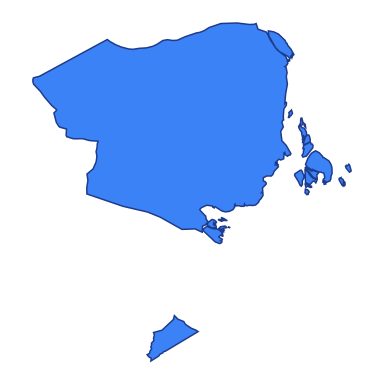 San Fernando, Buenos Aires, Argentina
{"feature_id": "61730980B31085500015034", "entity_name": "San Fernando", "entity_type": "district", "adm_level": 2, "iso_a3": "ARG", "parent_name": "Argentina", "parent_adm1": "Buenos Aires", "projection": "albers", "projection_center": [-58.481, -34.246], "detail": "fine", "context": "isolated", "style": "filled", "palette": "blue", "viewbox_px": 384, "rotation_deg": 0, "n_neighbors": 0, "source": "geoboundaries", "source_scale": "gbopen_adm2", "svg_char_len": 6050}
<svg xmlns="http://www.w3.org/2000/svg" viewBox="0 0 384 384"><path d="M107.3,39.5L39.4,76.3L33.5,77.8L32.9,79.3L32.9,81.7L33.6,84.2L40.5,91.5L44.5,97.1L51.9,105.7L56.3,109.4L56.6,110.0L56.1,110.8L53.9,113.0L56.3,122.3L58.8,126.3L59.9,127.2L66.5,129.0L66.1,135.3L66.7,136.7L73.5,138.8L82.6,138.7L89.7,140.6L98.1,141.2L97.3,143.8L97.0,147.8L96.1,151.6L96.9,156.5L96.1,162.0L93.0,169.0L87.0,174.0L87.9,180.6L86.8,187.3L86.9,194.0L123.0,206.3L147.4,212.0L160.1,217.1L182.0,229.4L195.0,228.9L202.2,232.2L202.5,226.1L205.4,224.9L208.0,221.5L206.2,219.4L205.7,216.1L201.1,211.5L199.7,209.5L201.5,207.6L206.9,205.2L212.3,206.0L212.9,207.3L214.1,207.8L214.0,206.9L215.1,206.7L222.1,211.1L225.4,211.9L229.4,211.4L233.0,209.6L234.6,207.3L234.5,205.3L235.1,204.2L235.8,205.9L238.9,205.7L240.8,206.3L244.0,206.3L244.5,204.0L245.4,205.5L247.1,205.8L248.4,205.3L253.4,205.5L255.7,204.9L258.5,202.4L259.4,200.3L261.0,198.7L263.0,195.5L262.9,192.5L261.6,192.7L262.7,191.4L262.6,187.7L266.1,184.3L266.2,182.9L265.0,181.5L263.5,181.1L263.2,177.8L266.8,176.0L271.4,176.0L273.0,174.3L274.1,171.3L278.4,166.8L277.6,165.9L278.3,164.9L277.8,164.3L276.8,164.8L276.7,164.1L275.2,164.8L275.3,164.1L277.2,162.9L277.1,162.1L276.4,162.9L275.4,162.6L278.9,159.2L280.9,160.0L283.7,158.8L284.1,152.6L284.8,152.3L285.0,154.0L286.0,155.4L287.6,156.2L288.5,155.3L290.3,154.9L290.9,153.6L286.2,145.4L281.9,140.7L280.7,131.3L283.3,127.0L281.9,122.0L282.7,120.4L283.6,120.0L283.3,116.6L283.9,108.8L286.3,105.3L286.5,102.7L285.7,102.0L284.8,103.2L285.7,93.5L287.4,84.1L286.3,76.5L287.1,72.6L286.0,67.0L284.9,66.5L286.7,65.3L287.8,63.4L287.1,59.5L285.7,56.5L277.5,50.2L274.8,46.7L269.9,39.2L267.8,34.4L266.2,32.0L258.0,29.2L256.1,23.5L254.3,24.3L249.5,24.5L237.1,23.0L221.0,23.5L209.0,27.6L204.1,30.7L200.0,32.3L196.5,32.9L185.2,36.7L177.4,40.2L172.9,40.5L167.4,39.7L162.8,40.5L157.1,44.3L152.8,46.3L146.4,47.9L139.4,48.3L133.0,49.3L128.8,49.0L121.5,47.1L115.8,44.8L109.9,41.5L107.3,39.5ZM150.9,361.0L158.8,356.0L159.6,354.5L163.0,352.7L163.5,351.6L165.2,351.3L198.1,331.6L195.9,330.1L191.4,328.3L186.4,325.0L185.2,324.0L183.8,321.6L178.0,319.2L174.4,315.6L173.4,319.5L162.0,330.2L153.5,332.5L154.4,335.0L153.5,338.3L153.9,340.5L151.5,343.2L151.5,345.2L150.8,347.2L151.7,348.7L150.2,350.8L149.5,353.4L147.1,354.7L148.7,356.7L151.3,358.3L150.9,361.0ZM331.9,167.3L330.8,164.0L328.9,160.9L324.2,157.8L322.9,157.4L322.6,156.4L319.2,152.7L315.6,150.8L312.2,152.7L310.4,154.5L307.8,158.5L305.5,164.5L307.2,167.0L311.2,169.6L312.5,169.9L312.5,169.4L318.9,172.1L320.3,172.0L323.9,173.2L324.8,177.9L323.3,179.2L322.9,181.5L324.1,180.6L326.9,182.2L330.0,180.9L330.9,178.6L331.0,176.2L332.1,173.4L331.9,167.3ZM289.8,58.6L290.5,57.7L290.8,55.9L291.6,55.4L292.3,53.8L292.5,52.0L291.0,49.3L287.4,44.9L287.3,43.8L285.8,42.3L285.2,40.5L278.4,34.0L273.6,31.8L268.3,30.9L268.8,35.7L275.7,47.9L279.5,51.7L287.9,56.3L289.8,58.6ZM209.3,228.2L209.6,227.5L207.1,226.2L203.7,228.7L203.0,230.5L215.2,241.9L219.8,243.6L221.6,242.6L221.9,241.5L221.1,241.0L221.6,241.0L222.3,239.3L219.1,237.4L218.8,236.7L221.1,234.9L221.5,234.9L221.8,236.0L222.8,236.2L223.0,235.4L222.2,233.8L222.6,233.4L219.7,230.3L217.6,229.1L212.8,228.7L209.7,227.5L209.3,228.2ZM311.2,144.1L310.8,142.8L309.9,142.2L303.6,145.6L302.9,148.7L304.0,148.5L304.2,149.0L303.4,151.4L303.3,153.5L302.0,155.3L302.9,157.1L306.4,156.1L312.8,147.8L313.0,145.4L312.2,144.1L311.2,144.1ZM301.3,186.2L302.4,184.4L302.3,180.8L303.9,177.9L304.1,175.1L302.8,173.6L302.4,171.7L301.3,170.2L300.4,170.2L294.9,173.8L294.6,175.4L298.4,181.5L300.2,185.4L301.3,186.2ZM315.8,182.9L317.0,180.1L312.9,178.1L310.8,176.1L308.0,172.2L305.6,169.8L305.0,169.8L305.5,182.3L308.0,183.9L310.2,184.4L312.9,181.3L314.3,181.1L315.8,182.9ZM306.7,134.8L306.3,131.8L304.5,128.4L302.0,127.5L300.9,126.3L299.1,126.1L298.6,126.6L299.2,128.7L301.9,132.6L301.6,133.3L302.5,137.3L303.2,136.4L303.5,135.1L303.6,135.5L303.6,137.8L302.3,139.1L302.4,139.7L303.1,139.8L302.6,142.2L303.1,142.1L304.6,139.0L304.8,137.2L306.7,134.8ZM311.5,171.0L306.8,168.3L305.8,167.2L305.2,167.7L305.3,168.8L309.3,172.2L312.2,176.3L314.5,178.1L317.2,178.9L316.8,174.9L318.6,172.8L317.3,171.8L313.8,170.7L311.5,171.0ZM212.0,219.4L208.1,222.5L207.2,225.1L211.9,228.0L216.2,227.6L216.2,226.1L215.1,225.2L214.1,225.4L213.4,224.1L213.9,222.5L215.1,224.3L215.6,224.2L215.5,223.0L216.4,222.5L216.1,221.6L214.5,220.2L212.0,219.4ZM310.2,141.8L310.2,139.5L309.4,136.1L308.8,135.1L307.9,134.9L306.9,135.3L305.4,137.4L303.0,144.5L303.7,143.8L303.9,144.8L310.2,141.8ZM349.6,165.2L348.8,164.2L347.4,165.8L346.4,165.3L345.5,166.2L346.1,168.1L349.5,172.2L351.0,171.2L351.1,170.4L349.6,165.2ZM345.0,182.4L344.1,181.5L342.6,179.0L340.7,178.2L340.9,177.6L339.2,178.3L339.1,179.9L342.0,185.1L342.9,185.9L343.4,184.5L343.4,181.7L343.7,181.7L344.3,185.8L345.0,185.2L345.0,182.4ZM308.2,194.4L308.2,193.4L308.5,192.6L309.0,192.5L309.1,191.5L307.5,189.7L305.4,189.2L305.0,192.7L306.9,194.6L308.2,194.4ZM289.6,117.1L289.8,116.3L291.0,115.6L292.5,113.3L291.5,110.0L288.9,112.5L289.2,114.9L288.4,117.3L288.9,117.6L289.6,117.1ZM226.3,227.0L225.1,226.0L220.6,226.7L218.8,228.5L221.6,229.5L223.7,228.2L226.5,227.7L226.3,227.0ZM300.3,125.6L302.1,124.9L303.1,122.9L301.8,118.0L301.1,118.1L300.7,119.1L300.6,123.0L299.3,125.3L300.3,125.6ZM225.8,219.8L218.8,219.4L218.5,219.9L221.5,221.3L223.9,220.4L227.4,220.6L225.8,219.8ZM306.5,184.1L305.4,183.1L305.1,184.0L305.9,187.4L308.7,184.9L306.5,184.1ZM324.2,184.4L325.9,183.9L325.7,182.4L324.4,182.0L323.7,182.5L324.2,184.4ZM309.2,185.7L307.9,186.5L310.8,187.5L311.6,187.2L311.5,186.2L309.2,185.7ZM220.9,230.3L220.8,230.9L222.5,232.6L223.1,231.7L223.7,231.8L223.6,230.9L220.9,230.3ZM305.6,127.2L305.2,124.4L304.2,123.5L304.1,125.5L305.6,127.2ZM291.9,57.8L292.8,55.5L293.9,54.7L293.5,53.7L291.5,56.7L291.9,57.8ZM224.3,230.1L223.3,229.3L221.8,230.0L223.9,230.4L224.3,230.1ZM288.9,61.2L289.6,60.9L289.6,59.7L288.6,59.8L288.9,61.2ZM223.5,218.4L221.8,217.6L221.5,217.9L222.1,218.6L223.5,218.4ZM229.7,227.4L228.5,226.9L228.3,227.4L229.5,227.7L229.7,227.4Z" fill="#3b82f6" stroke="#1e3a8a" stroke-width="1.5"/></svg>